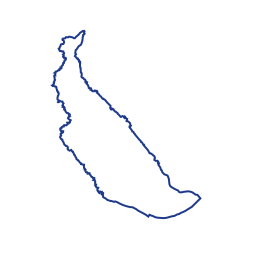 Oiapoque, Amapá, Brazil (orthographic projection), rotated 110°
{"feature_id": "56859067B61073882793366", "entity_name": "Oiapoque", "entity_type": "district", "adm_level": 2, "iso_a3": "BRA", "parent_name": "Brazil", "parent_adm1": "Amapá", "projection": "orthographic", "projection_center": [-52.103, 3.225], "detail": "fine", "context": "isolated", "style": "outline", "palette": "blue", "viewbox_px": 256, "rotation_deg": 110, "n_neighbors": 0, "source": "geoboundaries", "source_scale": "gbopen_adm2", "svg_char_len": 5949}
<svg xmlns="http://www.w3.org/2000/svg" viewBox="0 0 256 256"><g transform="rotate(110 128 128)"><path d="M141.9,184.8L142.7,184.5L143.9,185.3L143.3,185.9L143.8,186.9L144.5,186.1L146.5,186.7L147.1,188.9L147.8,188.9L147.9,189.2L148.3,189.4L148.6,189.0L149.7,190.5L151.0,190.4L151.2,191.3L151.5,191.5L153.0,191.0L153.4,190.1L154.1,189.7L153.8,188.5L153.3,188.3L153.2,187.8L154.4,187.6L156.4,189.3L157.4,188.9L157.7,188.3L158.1,188.2L159.2,188.8L160.0,188.6L161.2,187.1L161.1,186.6L161.6,186.1L161.6,185.5L162.7,184.9L163.6,183.6L165.2,182.3L166.1,180.2L165.8,179.8L166.2,178.4L167.3,177.6L167.8,177.8L168.3,177.6L168.9,176.9L169.3,175.2L168.1,173.9L168.4,173.7L168.5,173.1L168.9,172.8L169.1,171.7L169.6,171.7L170.1,170.6L171.7,169.3L171.7,168.6L172.2,168.2L173.2,167.4L173.5,166.7L174.9,165.7L175.2,164.3L175.5,164.2L175.7,163.7L175.6,163.3L177.0,161.3L177.2,160.2L177.9,159.9L177.6,159.2L178.0,158.8L177.9,158.2L177.5,156.8L180.4,155.8L181.0,155.1L181.0,154.8L182.0,154.6L182.1,154.3L181.5,154.1L181.7,153.6L182.6,153.6L183.9,152.4L183.6,151.2L184.7,150.4L184.3,150.0L184.3,149.4L183.8,149.3L183.6,148.7L184.8,148.1L185.0,147.3L186.4,145.6L186.3,144.9L187.0,144.0L187.1,143.5L187.1,143.3L186.6,143.3L186.5,142.7L187.0,142.6L187.3,142.2L188.8,142.8L188.8,142.5L188.1,142.0L188.1,141.8L189.4,140.5L191.0,140.1L191.9,139.5L192.0,138.6L192.3,138.5L193.0,139.2L193.4,138.6L193.9,138.4L194.6,137.2L194.3,135.7L194.4,135.4L196.1,135.8L196.8,135.6L197.6,134.8L198.0,133.9L198.7,133.4L198.8,132.9L198.0,133.4L197.5,133.4L197.6,132.3L197.2,132.0L197.5,131.4L196.9,130.7L197.9,129.6L197.7,129.1L197.9,129.0L198.3,129.4L198.6,130.3L199.4,129.7L199.0,129.1L199.0,128.8L201.5,127.7L201.9,124.9L202.6,123.0L202.6,119.8L202.3,118.9L202.1,115.7L201.4,115.0L201.4,112.6L201.8,110.3L202.1,106.5L202.0,102.5L201.6,99.0L200.9,96.5L201.2,94.8L201.4,92.8L202.2,90.1L203.3,82.1L204.3,78.6L202.2,78.2L202.3,75.4L202.2,75.1L202.5,71.4L201.9,68.5L200.4,63.4L199.1,60.9L196.2,56.9L194.8,54.4L192.2,52.0L191.3,50.5L189.9,49.5L186.8,46.2L180.2,41.0L169.4,35.9L167.1,39.8L167.5,42.0L166.8,44.1L166.4,46.1L166.6,48.5L167.1,50.2L168.6,53.2L170.4,56.2L170.7,57.4L170.5,58.4L169.9,59.1L169.6,59.8L169.4,62.8L168.7,66.7L168.1,68.5L166.7,69.8L161.7,72.3L159.4,74.3L159.1,75.0L159.1,78.0L158.0,80.3L157.2,81.2L156.3,81.7L156.1,82.6L153.9,84.3L152.5,86.5L151.8,86.6L151.4,87.1L150.5,86.8L150.3,87.2L150.7,87.4L150.9,87.8L150.0,88.2L149.3,88.1L149.1,88.4L148.7,89.1L149.4,90.6L149.0,92.3L148.2,92.5L146.9,92.4L146.5,92.9L145.5,93.5L145.0,95.3L144.5,95.9L144.4,97.3L144.0,98.1L144.3,99.1L142.0,101.7L139.1,106.9L138.5,107.0L138.2,107.3L138.4,108.0L136.8,109.8L136.7,111.0L135.7,111.8L135.3,113.0L132.0,118.7L131.3,119.5L130.9,120.6L130.1,121.2L129.7,122.2L129.8,122.8L128.9,123.6L126.6,127.0L126.1,127.1L125.7,126.3L124.7,126.1L124.6,126.5L123.8,127.2L122.6,127.9L121.8,130.1L122.0,131.3L121.9,131.8L121.1,131.6L120.6,131.9L119.8,131.9L119.8,132.5L119.1,133.8L119.7,134.3L119.5,134.5L118.6,134.4L118.2,135.2L118.5,135.5L119.2,135.6L118.7,136.4L118.7,137.3L120.0,138.4L120.0,138.9L118.7,141.1L118.2,142.5L117.5,143.0L117.2,144.4L116.9,144.8L117.0,145.5L116.1,147.5L115.3,148.1L115.5,148.7L115.2,149.4L115.6,150.0L116.3,149.9L116.4,150.2L115.3,151.6L114.7,151.6L114.5,151.4L114.1,151.8L113.2,152.0L110.8,157.0L109.6,158.9L109.2,160.1L109.3,161.0L108.9,161.3L109.1,161.9L108.8,162.6L107.7,164.1L107.1,165.9L106.4,166.6L105.5,169.2L104.6,169.0L104.1,169.4L103.7,170.0L104.6,171.3L104.1,172.0L105.3,173.0L105.6,174.0L104.9,175.2L104.9,175.9L104.2,175.6L103.3,176.5L103.7,177.8L104.0,177.9L103.8,178.6L103.0,178.9L101.3,180.5L100.8,181.7L99.0,182.0L98.9,182.8L99.7,183.5L99.3,183.9L97.8,184.1L97.2,184.9L97.3,185.8L96.3,187.2L96.5,187.7L96.0,189.1L95.3,189.5L94.7,189.4L94.0,189.6L92.6,190.2L92.0,190.7L92.0,191.3L88.3,192.9L87.9,193.3L87.7,193.2L86.6,194.1L84.9,194.8L83.2,195.1L83.0,195.3L83.3,195.7L83.2,195.8L82.0,195.8L82.0,196.3L82.4,196.6L82.2,196.9L80.9,197.3L80.7,198.7L79.9,198.8L79.9,200.2L79.5,200.4L78.6,202.5L76.5,202.0L76.1,202.4L76.2,202.9L75.9,203.1L72.7,203.8L71.8,203.2L68.0,202.3L66.0,200.8L64.6,200.6L61.8,200.7L59.2,201.3L58.5,201.6L56.8,201.6L56.3,202.0L55.9,202.0L54.9,201.2L54.3,201.0L54.0,201.6L53.4,201.7L53.0,202.3L52.0,202.0L51.7,202.6L52.4,203.7L54.9,205.6L57.2,206.3L58.0,206.9L59.1,207.3L59.8,207.9L61.8,208.7L62.1,209.4L61.8,211.2L62.3,214.6L63.4,215.4L63.8,217.3L65.2,217.7L66.3,219.7L66.7,220.0L67.5,219.8L68.3,217.9L68.7,217.6L69.9,217.3L71.1,217.5L72.1,219.4L73.0,219.6L74.3,219.5L75.7,219.9L76.9,219.6L77.3,220.1L78.9,218.5L78.4,216.5L78.7,216.0L78.4,215.3L78.6,215.3L78.6,214.9L79.2,213.9L79.8,213.6L81.2,214.2L81.6,213.2L81.9,213.1L83.0,213.5L83.3,213.4L84.0,212.2L83.8,211.8L84.0,211.2L83.4,211.2L83.4,210.9L83.5,210.4L84.0,210.0L85.3,209.9L86.3,210.8L87.2,210.5L87.9,210.7L88.5,210.4L89.0,210.5L89.2,211.1L91.1,210.7L92.2,211.5L93.5,211.2L93.8,211.4L94.6,211.0L94.8,211.1L94.5,212.1L95.6,211.9L96.3,212.7L96.9,212.2L97.2,212.3L98.0,213.6L99.2,214.2L99.8,215.3L100.4,215.3L101.1,215.7L101.0,215.0L102.0,214.7L102.9,214.8L103.4,214.4L103.6,215.1L103.9,215.2L104.4,214.9L105.0,214.9L105.7,214.2L107.0,213.8L107.6,213.0L107.9,213.0L108.7,213.3L109.5,213.1L110.4,213.4L110.7,212.9L112.0,212.7L112.7,213.3L113.6,213.3L114.0,213.8L114.3,213.2L113.9,211.9L114.0,210.5L113.7,210.3L113.8,209.7L114.5,209.0L115.3,208.8L116.8,207.4L117.3,207.4L118.1,205.8L118.6,205.9L119.1,205.0L119.5,204.8L120.6,204.6L122.0,204.9L122.6,204.6L123.3,204.7L124.1,204.5L125.4,203.9L125.8,202.4L126.1,202.1L127.6,202.7L127.7,202.4L127.1,201.7L125.8,201.4L126.0,199.7L125.6,198.6L126.5,198.0L127.0,197.0L128.0,197.3L128.7,196.9L129.2,197.3L129.5,197.3L129.9,195.9L130.5,196.1L130.2,195.1L130.8,194.3L132.0,194.6L132.6,194.2L132.5,193.2L133.9,192.3L134.6,190.8L134.9,190.4L134.5,189.3L134.7,188.7L135.4,188.3L135.0,188.0L135.0,187.6L135.3,187.2L136.6,187.3L136.9,186.6L138.3,187.7L139.3,187.8L139.9,186.8L140.3,184.5L141.9,184.8Z" fill="none" stroke="#1e3a8a" stroke-width="2"/></g></svg>